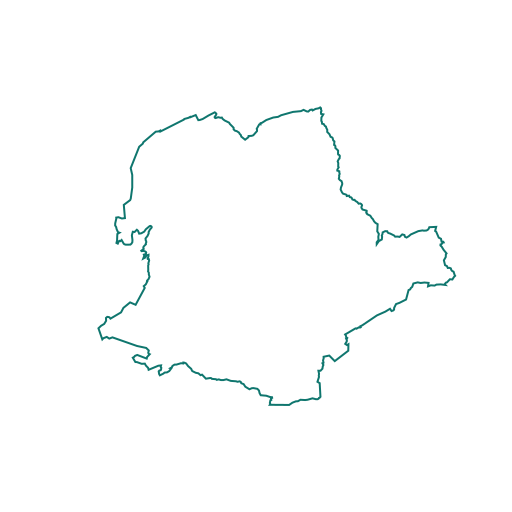 the district of Canesti, Buzau, Romania, rotated 154°
{"feature_id": "2599482B44623248761777", "entity_name": "Canesti", "entity_type": "district", "adm_level": 2, "iso_a3": "ROU", "parent_name": "Romania", "parent_adm1": "Buzau", "projection": "natural_earth1", "projection_center": [26.605, 45.397], "detail": "fine", "context": "isolated", "style": "outline", "palette": "teal", "viewbox_px": 512, "rotation_deg": 154, "n_neighbors": 0, "source": "geoboundaries", "source_scale": "gbopen_adm2", "svg_char_len": 6112}
<svg xmlns="http://www.w3.org/2000/svg" viewBox="0 0 512 512"><g transform="rotate(154 256 256)"><path d="M308.8,116.2L291.5,107.6L287.6,108.2L283.9,107.9L282.0,107.1L279.1,107.3L275.0,105.0L272.7,104.2L267.6,103.3L264.9,101.0L263.4,100.3L262.4,100.3L261.7,100.8L261.0,100.7L259.8,101.2L254.5,113.8L255.9,116.0L252.4,119.7L252.0,121.0L251.0,122.4L250.2,125.5L248.3,124.6L245.7,125.6L244.4,127.5L243.2,128.5L243.3,130.5L242.1,130.5L241.5,132.8L240.1,134.3L239.4,135.8L233.8,134.4L231.3,127.0L214.6,130.4L211.6,136.2L213.3,136.1L214.3,137.9L211.9,139.4L211.3,140.4L211.2,142.2L210.4,141.9L209.9,142.3L210.5,143.3L210.1,145.0L210.3,146.4L198.7,147.3L197.9,147.2L197.5,146.6L194.8,146.8L193.9,146.1L193.1,146.1L193.0,147.1L190.9,147.1L173.3,149.6L164.2,149.3L158.7,149.8L158.3,147.1L156.4,146.9L155.4,147.3L154.6,148.8L151.2,151.4L147.5,151.0L140.2,151.1L133.8,158.5L132.1,158.4L130.9,159.3L129.1,159.8L126.6,162.3L122.2,161.4L119.9,159.6L116.2,158.3L112.7,156.2L114.7,153.3L111.7,153.0L108.4,151.1L106.4,151.2L102.4,149.5L98.4,146.9L98.7,148.0L97.0,148.8L95.9,148.6L91.9,150.1L89.8,148.8L87.4,150.3L85.7,150.9L85.8,151.7L85.3,155.3L86.3,156.6L86.6,158.1L86.3,159.4L87.2,160.5L88.9,161.2L88.8,163.2L90.1,164.9L89.0,169.8L85.9,171.9L84.6,174.3L83.6,174.8L84.7,179.4L85.0,182.9L85.6,184.6L85.1,185.5L84.2,185.3L81.9,186.2L81.4,186.0L81.4,186.7L82.9,187.6L82.2,190.4L83.7,192.4L83.4,198.9L84.0,200.0L81.3,203.2L87.6,205.9L88.8,204.8L90.3,204.2L91.7,204.2L94.1,205.2L95.1,206.0L99.2,207.2L107.4,207.5L110.1,206.8L112.6,206.6L113.7,208.0L113.4,209.8L115.1,211.3L118.6,210.2L120.0,211.3L122.5,212.4L122.9,213.9L125.6,217.4L127.0,218.7L127.3,219.7L127.2,220.7L129.0,221.7L131.8,221.7L132.8,220.2L134.0,219.2L134.2,218.0L135.7,215.7L139.1,215.5L142.3,213.7L141.5,215.4L138.8,216.8L137.7,219.6L135.9,222.0L136.2,225.0L132.7,231.3L134.1,233.4L134.7,235.4L134.8,238.0L135.3,239.3L135.6,242.1L137.7,244.8L137.6,245.6L137.9,245.8L137.9,246.7L136.7,247.9L136.8,248.3L139.9,251.1L140.1,252.7L139.9,253.7L138.5,255.0L138.4,255.7L138.7,256.7L139.4,257.6L140.8,258.0L141.3,260.1L142.5,261.9L142.8,263.3L143.7,263.6L144.6,264.6L144.5,266.1L144.8,267.0L145.9,267.8L145.9,269.4L148.1,270.1L147.8,270.9L148.2,271.8L150.4,273.8L150.8,275.4L150.8,278.6L149.6,280.3L147.2,282.5L146.6,283.6L146.3,285.8L147.3,287.4L147.7,289.1L146.4,290.8L146.0,292.0L144.8,293.1L144.5,294.7L144.1,295.3L144.0,295.7L145.5,297.1L145.0,298.0L142.8,299.5L142.9,300.4L141.3,303.5L141.1,305.3L139.1,306.8L138.1,307.1L136.8,309.2L136.9,310.2L137.6,311.1L137.6,311.6L136.0,314.8L137.3,318.3L136.5,319.9L136.5,320.7L137.1,321.6L135.3,324.6L135.9,326.1L135.4,328.5L135.8,329.5L136.7,330.4L136.6,333.3L137.6,336.3L136.6,338.3L136.7,340.1L136.4,341.7L137.1,342.8L137.3,344.9L138.6,345.9L137.9,348.1L138.1,348.8L136.5,351.8L133.4,353.8L135.2,355.2L134.5,357.0L133.6,357.6L133.4,358.1L133.4,359.2L132.8,360.3L133.2,361.4L135.0,361.3L138.0,362.1L141.3,362.0L141.5,363.1L143.3,363.6L145.7,362.9L147.0,363.7L149.2,366.5L152.1,366.5L159.6,369.3L171.7,371.5L175.2,371.4L179.8,372.9L187.1,373.7L192.3,373.1L193.6,373.4L194.2,372.3L195.0,372.9L195.5,372.8L199.6,370.0L199.8,368.8L200.4,367.8L205.5,365.7L207.2,365.9L210.1,367.1L210.8,366.1L214.8,365.3L216.9,369.8L216.6,371.3L217.1,372.8L217.2,374.4L218.6,376.7L219.9,377.8L220.6,379.6L219.9,381.1L221.6,386.1L221.7,387.6L224.8,391.6L225.9,393.9L226.0,395.4L227.3,395.8L229.1,397.3L231.9,397.7L232.3,398.2L232.3,399.0L229.8,400.5L229.3,401.1L229.6,402.4L230.1,403.2L237.1,403.1L243.9,402.5L247.0,402.9L248.3,403.4L248.4,409.1L254.2,409.5L254.2,409.9L256.2,409.8L260.4,410.6L261.0,410.2L287.4,409.8L287.1,410.7L289.0,410.7L291.6,411.7L307.5,407.6L308.5,406.6L313.1,405.4L330.1,389.9L331.7,383.1L337.2,371.8L343.4,362.5L344.6,361.4L352.4,359.9L357.2,347.5L360.1,348.5L362.7,351.2L364.8,351.8L365.2,350.8L368.2,347.1L369.2,345.2L369.0,343.4L369.5,341.2L369.6,337.9L368.5,336.8L370.9,336.6L371.3,336.0L374.1,330.8L375.7,328.9L374.8,327.7L372.7,329.4L372.1,329.5L371.4,328.8L369.8,329.3L369.5,325.0L369.1,324.2L368.0,323.2L363.9,321.3L362.5,321.7L361.1,322.6L360.0,324.6L358.5,329.0L356.1,331.8L354.6,330.8L351.6,331.8L351.0,330.3L351.2,327.3L349.1,326.7L345.8,326.9L343.3,328.3L338.5,329.5L337.5,329.2L337.0,328.2L337.1,327.6L337.7,327.1L339.7,326.3L342.0,324.6L342.6,323.3L344.7,321.6L347.6,320.2L348.3,318.3L348.2,317.4L348.7,316.3L349.6,315.6L349.8,314.8L352.2,314.0L353.4,313.3L353.7,312.6L353.8,311.6L356.8,311.0L356.7,310.5L354.9,309.9L353.8,308.9L353.2,308.0L353.2,307.2L354.1,306.1L356.2,306.4L356.3,305.2L358.5,303.1L356.0,303.2L354.3,304.5L352.1,304.2L352.9,302.7L354.5,301.2L354.6,300.8L353.7,300.2L354.0,298.8L356.0,296.6L356.1,295.7L357.1,294.7L359.2,290.2L359.7,289.7L359.7,287.8L360.4,286.5L360.8,284.0L362.8,282.3L364.7,281.6L365.2,280.9L365.0,280.7L367.5,278.8L370.1,278.1L370.0,276.1L385.6,264.9L389.5,269.5L397.9,267.5L402.0,264.5L414.3,263.5L414.6,265.1L415.3,265.8L416.4,266.5L418.0,266.1L419.1,263.5L422.2,261.5L425.8,261.2L429.3,260.1L430.7,248.4L429.2,249.0L425.6,248.7L424.1,246.1L420.7,245.8L402.4,227.3L395.0,221.5L393.8,218.1L395.3,216.2L395.3,215.1L394.6,214.3L398.1,213.0L399.2,211.7L406.1,219.1L408.5,219.3L409.8,218.7L411.3,218.6L410.9,213.6L409.5,212.8L406.0,209.2L403.1,208.0L403.0,205.8L402.0,202.7L402.4,200.8L391.9,200.2L389.3,199.3L390.0,198.5L390.3,197.8L390.1,197.1L391.1,195.6L391.8,195.1L393.0,195.4L394.0,195.0L394.8,192.4L394.7,190.9L390.8,190.9L389.3,191.3L387.0,190.4L384.4,190.6L381.5,192.1L382.1,192.7L380.5,192.8L379.3,193.8L376.9,194.1L375.2,193.3L370.4,192.5L368.5,191.3L368.0,192.1L367.0,191.4L365.9,190.0L365.3,186.8L363.7,183.0L363.8,180.9L363.6,180.4L361.4,177.5L359.2,175.8L358.1,173.2L356.5,173.0L354.8,167.7L350.6,166.4L349.7,165.7L349.5,164.9L346.0,162.8L345.6,161.9L343.5,161.4L342.1,160.0L339.8,158.8L336.6,158.1L333.4,154.8L328.8,152.1L327.8,151.1L325.6,150.5L324.9,149.5L325.0,148.1L323.3,146.3L322.9,143.2L320.3,139.1L317.7,139.0L316.2,138.4L313.0,136.0L312.3,133.8L312.9,131.2L312.8,128.8L308.0,125.9L305.3,123.2L303.5,122.0L303.7,121.4L304.9,121.6L305.4,119.9L306.3,120.0L308.0,117.8L308.0,116.7L308.8,116.2Z" fill="none" stroke="#0f766e" stroke-width="2"/></g></svg>